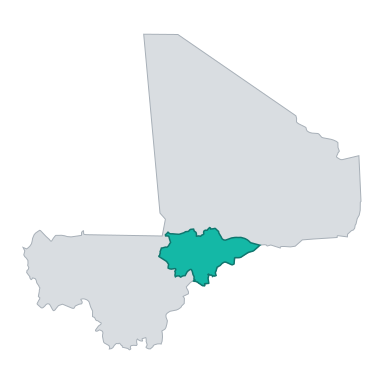 Mopti highlighted on a map of Mali
{"feature_id": "MLI-2809", "entity_name": "Mopti", "entity_type": "Region", "adm_level": 1, "iso_a3": "MLI", "parent_name": "Mali", "parent_adm1": "", "projection": "orthographic", "projection_center": [-3.546, 14.53], "detail": "fine", "context": "in_parent", "style": "filled", "palette": "teal", "viewbox_px": 384, "rotation_deg": 0, "n_neighbors": 0, "source": "natural_earth", "source_scale": "10m", "svg_char_len": 6198}
<svg xmlns="http://www.w3.org/2000/svg" viewBox="0 0 384 384"><path d="M39.6,299.3L39.8,297.7L38.4,296.6L38.4,296.0L39.3,291.4L39.3,290.2L39.9,287.9L39.1,286.8L38.9,286.0L36.8,282.9L36.2,280.3L35.2,278.6L32.7,277.9L31.7,279.3L31.1,279.6L30.2,278.5L29.8,277.6L29.9,276.8L26.7,272.6L27.0,270.5L28.3,269.4L28.8,267.5L27.7,265.4L28.0,263.3L27.9,260.4L26.1,257.9L24.8,256.7L23.8,254.9L24.8,250.9L23.0,247.4L26.6,248.9L28.3,247.7L30.0,246.0L31.5,243.7L32.2,240.9L32.6,238.4L34.2,234.6L35.9,232.8L39.6,230.3L40.5,230.6L46.1,236.5L49.4,239.5L50.5,241.0L51.6,241.1L53.3,238.3L55.1,236.0L55.8,235.4L61.7,235.3L64.7,235.8L67.4,236.6L71.2,236.9L81.4,235.4L81.6,234.3L81.5,232.9L81.9,231.9L82.8,231.0L83.5,230.8L83.7,234.0L84.6,234.5L87.0,234.7L162.2,236.0L165.4,219.2L160.0,213.1L143.7,34.2L177.9,34.5L183.8,38.6L295.9,115.8L296.6,118.4L296.5,121.9L297.4,122.9L299.1,124.0L305.5,127.2L306.1,127.9L306.3,129.3L307.1,130.9L308.5,131.9L310.1,132.6L312.1,133.1L317.9,133.5L319.1,134.2L321.7,137.3L323.1,137.8L331.0,139.3L333.6,140.1L336.4,141.4L337.9,142.6L338.0,147.5L339.2,150.7L339.2,151.5L338.0,152.8L337.8,153.7L336.5,156.3L336.8,157.3L339.6,159.1L340.9,159.6L342.5,159.6L358.9,155.7L361.0,201.4L360.3,202.2L360.2,210.3L359.2,215.1L357.2,218.7L356.0,224.0L355.2,225.1L354.7,228.1L353.5,229.9L351.4,230.7L347.6,234.2L347.4,236.9L338.2,235.7L337.6,235.7L337.2,236.1L337.1,237.5L313.7,239.0L302.3,239.9L295.2,246.2L290.5,246.9L284.6,246.5L281.6,246.5L280.4,246.9L280.2,248.0L270.8,245.0L267.3,246.0L266.8,245.7L266.3,245.0L264.6,244.7L261.9,244.9L260.0,245.4L254.1,250.3L250.9,251.6L245.0,254.5L240.9,257.1L239.4,257.6L237.0,257.7L235.1,258.2L233.4,263.8L232.3,264.4L225.1,262.2L223.7,262.5L222.5,263.2L218.5,266.5L216.5,269.1L215.5,272.6L215.7,274.9L215.0,275.6L213.1,275.8L209.8,275.1L208.8,275.4L208.3,277.1L208.4,280.9L207.7,283.4L205.7,284.2L204.2,285.2L203.0,285.5L202.0,285.3L196.2,281.5L194.3,280.8L192.1,281.3L190.0,282.9L186.3,286.9L186.7,288.3L187.7,289.9L188.5,292.0L188.4,293.8L183.1,296.4L184.4,298.3L184.2,303.5L181.7,305.9L180.9,307.4L178.5,309.1L176.5,310.0L170.0,311.3L167.4,313.0L166.2,314.3L165.9,315.7L166.1,317.4L167.4,320.8L166.9,323.9L165.9,327.6L164.9,329.2L161.9,331.0L162.3,333.4L162.5,336.8L162.1,341.2L161.1,344.1L160.4,343.8L157.5,343.9L154.4,344.8L153.3,345.6L153.0,346.6L150.3,348.9L148.6,348.8L146.9,348.1L146.1,347.5L146.0,347.1L147.1,345.2L147.1,344.5L146.1,341.2L146.3,340.3L145.9,337.8L145.7,337.6L142.2,338.7L142.1,339.2L142.6,340.8L142.2,341.1L141.0,341.0L139.3,340.5L137.4,339.0L137.0,339.4L136.7,340.6L136.6,342.0L137.1,344.6L136.5,345.5L133.6,345.3L131.2,345.6L130.5,346.5L130.3,347.5L130.8,348.6L130.7,349.1L129.7,349.8L129.2,349.7L127.9,348.5L122.5,347.2L122.0,345.5L121.4,345.4L119.7,343.3L119.0,343.3L118.4,343.7L116.3,343.5L114.4,345.3L113.0,347.5L111.5,348.6L109.3,349.0L109.7,347.6L109.0,345.6L104.4,343.0L103.6,342.0L102.5,336.4L102.6,334.7L102.9,333.3L102.8,332.1L102.3,331.2L100.9,330.4L99.5,329.9L97.6,331.0L96.7,331.2L95.9,331.1L95.5,330.7L95.5,330.1L97.6,327.2L98.6,325.9L100.6,324.5L101.1,323.8L101.2,323.2L101.0,322.8L99.7,322.2L97.7,320.7L96.6,320.6L95.7,319.9L94.7,317.7L94.3,317.3L93.3,317.0L92.5,316.5L92.6,311.1L90.7,307.1L89.1,302.0L88.2,300.8L86.6,299.7L84.6,299.0L82.9,298.8L80.9,299.3L80.9,299.8L82.0,301.4L82.2,302.3L82.0,303.2L81.6,303.8L78.9,304.3L75.3,306.0L74.1,308.1L73.2,308.4L71.9,308.1L62.5,304.2L58.5,305.6L55.9,308.7L55.3,309.7L54.0,310.6L53.4,310.6L52.7,309.9L50.1,305.1L48.9,303.9L47.4,303.8L46.1,304.5L44.8,306.1L43.1,307.6L42.0,308.0L41.1,307.7L37.3,304.3L37.1,303.6L39.0,299.9L39.6,299.3Z" fill="#d9dde1" stroke="#a8b0b8" stroke-width="1"/><path d="M254.2,250.3L253.5,250.8L252.7,251.2L248.8,252.2L247.9,252.6L240.8,257.3L239.4,257.6L237.9,257.7L236.2,257.6L235.2,257.6L234.6,257.9L234.5,258.5L234.1,263.7L234.0,264.0L233.9,264.1L232.8,264.6L232.4,264.8L232.1,264.8L231.5,264.7L226.6,262.4L225.0,262.0L223.9,262.3L222.2,263.3L221.8,263.7L220.6,265.0L220.3,265.4L217.2,267.1L216.7,268.1L216.8,268.0L216.1,270.9L215.7,271.5L215.4,272.3L215.5,273.5L216.1,275.5L215.4,275.8L214.7,276.1L214.4,276.0L214.2,275.9L213.5,275.8L213.4,275.9L213.1,276.0L212.8,276.4L212.5,276.5L212.4,276.1L212.3,275.8L212.2,275.6L211.9,275.3L211.3,275.0L210.9,275.0L210.4,275.1L209.9,275.0L208.9,274.3L208.4,274.1L208.0,274.5L208.4,274.9L208.5,275.4L208.5,276.6L208.4,277.1L208.0,277.9L208.8,283.2L208.5,283.4L205.1,283.6L204.6,283.8L204.6,284.4L204.8,285.1L204.8,285.5L204.6,285.8L204.4,285.9L204.1,285.9L203.2,285.7L202.8,285.7L202.6,285.7L202.4,285.6L202.1,285.2L201.7,285.2L199.9,283.8L198.9,283.3L197.4,282.0L197.0,281.9L196.1,281.6L195.4,281.3L195.1,281.3L194.7,281.3L194.3,281.3L193.8,281.2L193.5,281.0L193.8,280.7L194.4,280.2L194.5,280.1L194.9,280.0L194.9,279.8L194.8,279.7L194.3,279.6L194.1,279.6L194.0,279.4L193.9,279.0L194.0,278.8L194.0,278.7L194.1,276.7L193.0,274.5L192.3,271.5L191.4,269.6L190.8,269.4L189.7,269.7L187.3,271.6L185.6,274.7L185.2,275.6L184.1,275.7L182.6,276.0L180.7,277.1L179.8,276.5L179.3,275.9L179.0,275.8L178.0,276.0L177.2,275.9L176.7,276.0L175.4,276.8L175.0,275.8L175.0,274.5L175.4,272.7L174.9,271.7L174.9,271.1L175.5,270.6L175.8,269.5L175.5,268.7L174.6,268.6L171.4,269.1L169.9,268.9L168.2,268.2L168.1,267.2L168.6,264.3L166.7,261.6L165.5,260.7L162.0,258.5L158.9,256.5L158.9,256.0L159.7,255.3L159.9,253.8L160.3,253.3L160.2,252.5L160.1,251.6L160.8,249.9L161.4,248.0L162.2,248.0L165.4,247.1L167.0,247.2L168.3,246.1L169.8,243.6L170.6,242.4L169.5,239.0L168.9,236.6L168.5,236.2L167.9,236.0L165.6,235.9L165.4,234.8L166.7,233.6L168.0,232.2L169.6,233.6L170.8,233.8L172.6,233.8L175.9,234.1L179.1,234.3L184.0,232.7L185.5,231.7L188.4,231.4L189.9,229.8L190.5,229.4L192.2,229.2L193.6,229.1L194.2,231.0L196.0,232.4L196.4,233.8L196.5,236.2L198.8,235.9L200.6,236.3L201.6,235.2L203.1,234.6L203.8,233.9L203.6,232.1L203.9,231.1L205.2,230.2L207.0,230.3L208.8,228.3L209.7,227.6L210.4,228.0L210.6,229.0L213.0,228.8L214.6,228.4L215.4,228.5L216.5,229.6L218.5,231.4L218.9,233.1L221.1,236.8L222.1,238.8L223.5,239.8L225.2,240.2L227.6,239.4L231.4,238.0L234.6,237.5L236.2,237.4L238.2,237.5L240.9,237.4L244.8,238.5L247.1,239.7L248.7,240.9L250.6,242.7L259.8,245.2L259.5,245.4L258.5,246.5L254.2,250.3Z" fill="#14b8a6" stroke="#0f766e" stroke-width="1.5"/></svg>